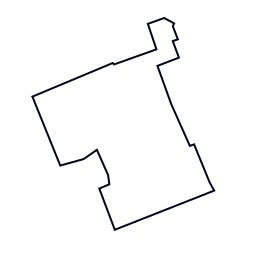 Schuyler, New York, United States of America, rotated 250°
{"feature_id": "52423323B65441354087785", "entity_name": "Schuyler", "entity_type": "district", "adm_level": 2, "iso_a3": "USA", "parent_name": "United States of America", "parent_adm1": "New York", "projection": "mercator", "projection_center": [-76.828, 42.39], "detail": "fine", "context": "isolated", "style": "outline", "palette": "ink", "viewbox_px": 256, "rotation_deg": 250, "n_neighbors": 0, "source": "geoboundaries", "source_scale": "gbopen_adm2", "svg_char_len": 449}
<svg xmlns="http://www.w3.org/2000/svg" viewBox="0 0 256 256"><g transform="rotate(250 128 128)"><path d="M115.9,51.5L114.0,75.7L118.1,91.3L90.4,93.2L81.5,91.2L80.9,80.3L36.9,80.8L39.7,187.6L49.0,186.1L90.0,184.5L90.1,180.0L135.6,176.8L176.3,176.9L176.7,199.9L194.3,199.8L194.3,205.2L208.3,204.9L210.5,207.1L219.0,199.6L219.1,182.3L192.2,181.6L192.5,136.7L194.3,135.8L190.2,48.9L115.9,51.5Z" fill="none" stroke="#020617" stroke-width="2"/></g></svg>